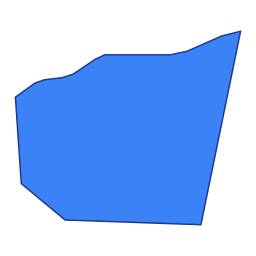 SVG path tracing the border of Gaga'ifomauga
{"feature_id": "WSM-4991", "entity_name": "Gaga'ifomauga", "entity_type": "state/province", "adm_level": 1, "iso_a3": "WSM", "parent_name": "Samoa", "parent_adm1": "", "projection": "equal_earth", "projection_center": [-172.532, -13.55], "detail": "fine", "context": "isolated", "style": "filled", "palette": "blue", "viewbox_px": 256, "rotation_deg": 0, "n_neighbors": 0, "source": "natural_earth", "source_scale": "10m", "svg_char_len": 291}
<svg xmlns="http://www.w3.org/2000/svg" viewBox="0 0 256 256"><path d="M15.4,97.2L34.9,83.1L44.3,79.8L62.5,77.6L73.0,74.2L95.3,59.2L104.8,54.8L169.9,54.8L186.7,51.4L221.6,36.0L240.6,31.3L200.9,224.7L65.1,220.0L21.3,183.6L15.4,97.2Z" fill="#3b82f6" stroke="#1e3a8a" stroke-width="1.5"/></svg>